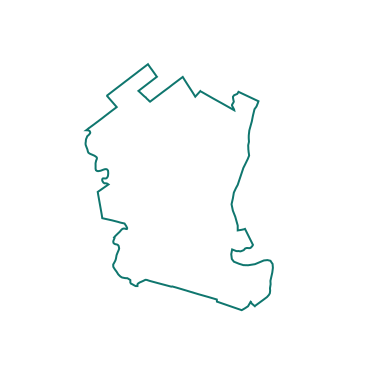 outline of Suraia, Vrancea, Romania, rotated 49°
{"feature_id": "2599482B76936069703024", "entity_name": "Suraia", "entity_type": "district", "adm_level": 2, "iso_a3": "ROU", "parent_name": "Romania", "parent_adm1": "Vrancea", "projection": "equal_earth", "projection_center": [27.376, 45.674], "detail": "fine", "context": "isolated", "style": "outline", "palette": "teal", "viewbox_px": 384, "rotation_deg": 49, "n_neighbors": 0, "source": "geoboundaries", "source_scale": "gbopen_adm2", "svg_char_len": 4100}
<svg xmlns="http://www.w3.org/2000/svg" viewBox="0 0 384 384"><g transform="rotate(49 192 192)"><path d="M319.4,219.5L319.3,219.1L319.4,218.0L319.8,213.2L320.1,209.7L320.5,204.3L320.1,201.3L319.8,200.5L319.5,199.7L317.8,197.8L315.8,196.3L313.2,193.2L310.5,191.1L305.5,184.3L302.3,180.7L299.2,178.4L297.2,178.2L295.4,177.9L292.9,179.7L290.8,182.7L287.8,191.8L284.1,197.7L280.9,201.2L279.1,202.3L277.2,203.5L272.1,206.1L268.7,205.9L264.7,203.2L261.7,199.4L265.5,197.4L266.1,196.9L266.6,196.3L267.0,195.7L267.4,195.4L268.5,194.5L268.9,193.7L269.4,192.3L269.7,191.4L269.8,190.8L269.7,190.2L269.6,189.7L269.5,189.2L269.7,188.5L269.9,188.0L270.2,187.4L270.8,186.7L271.6,186.0L272.2,185.3L272.6,184.4L272.4,182.1L271.9,180.7L254.6,176.2L254.2,177.3L253.6,178.4L253.0,179.5L252.0,181.1L251.0,182.7L247.3,179.5L239.1,175.6L232.9,173.4L227.2,170.2L223.6,165.3L219.9,160.8L217.9,156.3L216.6,152.8L213.4,147.4L207.5,137.4L205.9,133.5L204.4,130.0L203.7,128.3L202.0,125.0L200.2,123.8L198.9,123.0L198.1,122.4L196.5,121.3L196.3,121.1L195.2,120.2L193.8,119.1L193.5,118.8L191.5,116.1L188.4,113.7L186.5,112.0L183.1,108.3L178.0,100.6L174.5,96.1L170.5,90.5L169.8,87.3L168.1,84.0L167.1,82.3L146.9,91.2L147.2,92.0L147.5,92.9L147.6,93.3L147.6,93.7L146.6,96.7L146.8,97.7L147.0,98.6L147.9,99.3L149.4,100.2L150.3,100.7L151.0,101.0L151.3,101.3L151.5,101.7L151.7,102.3L151.8,102.6L152.4,104.5L153.0,105.1L153.9,105.3L155.6,105.7L157.3,106.1L158.0,106.5L145.1,111.1L135.5,114.6L122.9,119.0L121.8,119.5L121.3,119.5L122.2,127.0L118.0,126.3L113.8,125.7L108.1,124.9L102.1,124.0L99.1,123.5L98.2,136.2L98.0,140.4L97.4,148.0L96.9,155.5L96.3,164.4L95.7,164.5L95.1,164.6L94.2,164.6L92.5,164.8L91.5,164.9L91.1,164.9L90.8,164.9L90.6,164.8L90.3,164.8L90.1,164.9L89.8,165.0L89.2,165.1L87.9,165.3L83.1,165.8L80.6,166.1L82.0,142.9L81.7,142.9L80.6,142.8L80.0,142.7L78.7,142.6L78.1,142.5L77.9,142.5L72.8,142.0L72.4,142.0L70.2,141.8L67.4,141.5L66.7,141.4L66.7,141.5L66.6,142.6L65.9,153.2L65.8,155.3L65.2,164.6L65.2,165.3L64.9,169.4L64.6,174.6L64.1,182.4L63.8,187.5L63.5,192.7L63.9,193.1L66.6,193.1L75.6,193.1L78.5,193.1L78.5,193.7L78.1,199.3L77.9,202.5L77.6,207.5L77.4,211.4L76.6,222.6L76.1,228.5L76.1,229.6L76.0,231.3L76.9,230.3L77.8,229.7L78.4,229.4L78.9,229.3L79.4,229.4L80.2,229.7L80.6,230.0L80.9,230.8L81.1,231.8L81.2,232.8L81.2,234.5L81.8,235.6L82.3,236.6L82.4,236.9L83.1,237.9L83.3,238.1L84.5,239.3L85.2,240.2L86.6,241.3L88.9,242.2L91.2,243.0L93.1,244.0L94.3,244.4L95.7,244.1L96.9,243.6L98.3,242.9L100.6,241.8L101.7,241.5L103.0,241.2L103.9,241.4L104.4,241.9L105.0,242.8L105.3,243.6L107.0,245.9L109.0,247.6L111.3,249.6L112.6,250.2L114.0,249.8L114.8,249.0L116.0,247.0L117.1,244.0L117.7,242.7L118.3,241.9L119.0,241.4L119.8,241.3L120.8,241.4L121.7,242.0L123.1,243.1L124.3,244.4L125.0,245.3L125.4,246.5L125.5,247.5L125.2,248.2L124.3,249.2L123.5,250.0L123.3,250.3L123.3,250.9L123.7,251.6L124.3,252.1L124.9,252.4L126.7,252.7L127.6,252.5L128.1,252.3L128.9,251.3L130.0,250.5L131.5,250.1L130.1,263.1L132.7,264.7L149.4,274.7L152.9,276.9L161.0,270.9L166.1,267.4L168.0,266.2L170.7,264.2L171.5,263.6L174.5,264.0L176.0,264.4L176.7,264.6L177.2,265.5L176.7,266.0L175.6,266.7L174.9,267.3L174.2,268.7L174.2,270.1L174.6,272.6L174.7,275.2L174.9,278.4L175.0,279.5L175.2,280.7L175.9,280.6L176.4,281.6L177.2,283.2L177.7,283.9L178.4,284.4L179.2,284.7L180.3,284.5L181.1,284.1L182.1,283.3L182.6,283.0L183.4,282.7L184.4,282.7L185.6,283.3L186.8,284.0L187.6,285.2L188.4,286.9L189.0,288.1L190.2,290.4L191.1,291.5L192.4,293.1L193.4,294.7L194.2,296.7L195.0,299.0L196.3,300.1L197.2,300.6L200.1,301.0L202.7,301.2L205.8,301.7L208.7,301.5L210.6,300.9L213.2,298.9L214.7,297.3L217.9,296.3L218.6,296.8L219.8,297.9L221.0,298.2L222.4,297.6L224.7,296.8L226.1,296.2L227.2,294.9L225.9,293.7L225.7,292.9L225.9,291.0L226.9,287.8L227.7,284.8L228.7,283.8L231.1,282.4L233.2,281.0L239.6,276.7L246.5,272.0L249.9,269.7L250.3,268.9L253.9,266.5L258.3,263.7L273.5,254.1L281.9,248.6L289.4,243.8L291.1,245.1L313.8,232.0L314.5,228.4L315.0,224.7L313.8,221.1L313.3,219.7L313.7,219.6L314.1,219.7L314.7,220.1L314.9,220.2L316.0,220.0L319.4,219.5Z" fill="none" stroke="#0f766e" stroke-width="2"/></g></svg>